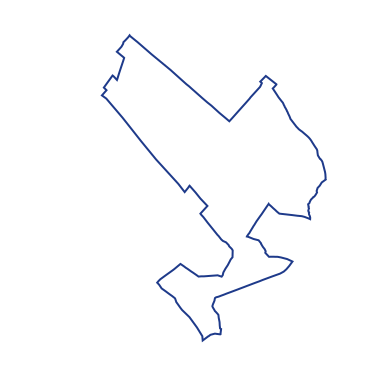 Cuapiaxtla de Madero, Puebla, Mexico (Robinson projection), rotated 201°
{"feature_id": "50627088B85656564862732", "entity_name": "Cuapiaxtla de Madero", "entity_type": "district", "adm_level": 2, "iso_a3": "MEX", "parent_name": "Mexico", "parent_adm1": "Puebla", "projection": "robinson", "projection_center": [-97.835, 18.928], "detail": "fine", "context": "isolated", "style": "outline", "palette": "blue", "viewbox_px": 384, "rotation_deg": 201, "n_neighbors": 0, "source": "geoboundaries", "source_scale": "gbopen_adm2", "svg_char_len": 4291}
<svg xmlns="http://www.w3.org/2000/svg" viewBox="0 0 384 384"><g transform="rotate(201 192 192)"><path d="M257.9,221.3L237.2,209.5L207.7,194.7L202.1,191.3L198.8,189.3L196.9,195.3L196.9,195.9L196.5,197.0L188.5,192.8L181.8,188.9L172.6,184.5L176.4,174.8L175.5,174.2L172.3,172.6L165.8,168.6L165.6,168.5L152.7,161.0L151.5,160.5L147.7,158.2L145.6,157.4L142.2,157.2L138.8,155.6L137.8,154.6L134.6,153.2L133.1,152.1L130.8,145.6L131.7,142.9L131.9,140.8L132.4,136.5L133.3,132.4L133.9,128.1L133.5,125.4L134.0,123.6L138.2,123.4L150.1,117.8L150.3,117.7L151.1,117.4L153.1,116.6L155.6,115.4L158.2,116.1L162.7,117.2L163.8,117.4L168.8,118.7L169.9,118.9L170.8,119.1L172.8,119.7L176.1,120.5L177.0,120.7L180.9,113.7L181.4,112.9L181.5,112.7L183.4,109.8L186.3,105.4L188.5,102.0L190.3,99.2L191.4,96.7L192.0,94.9L189.5,93.7L185.8,91.1L183.5,90.5L180.8,89.8L178.0,89.0L175.4,88.3L173.4,87.8L170.2,86.8L169.6,86.5L169.1,85.9L168.5,85.2L167.6,84.1L167.2,83.6L166.6,83.2L165.8,82.7L161.3,79.7L159.0,78.3L149.6,74.3L138.8,67.3L130.7,61.1L128.8,57.2L125.1,63.1L124.8,63.3L123.6,65.3L123.3,65.5L122.9,65.8L119.8,68.0L119.3,68.1L118.0,68.4L114.7,69.2L114.5,69.3L114.4,69.4L114.9,71.1L115.7,74.5L116.9,74.7L118.2,77.2L119.5,80.1L120.0,81.0L121.9,84.0L123.3,86.7L123.9,87.1L124.6,87.5L125.4,87.9L127.2,88.8L127.8,89.0L128.2,89.3L129.1,90.1L130.4,91.1L131.9,92.4L132.1,93.0L132.2,94.8L132.1,97.8L132.1,98.9L132.4,100.1L132.5,101.3L132.2,101.7L131.7,102.4L130.1,103.5L128.9,104.5L127.6,105.7L126.1,107.0L124.1,108.8L123.7,109.2L119.7,112.7L119.6,112.8L113.5,118.2L113.3,118.4L109.7,121.6L107.8,123.3L107.5,123.6L105.9,125.0L102.1,128.4L99.5,130.7L97.2,132.7L94.4,135.3L87.0,141.8L80.5,147.4L77.8,150.6L76.2,153.7L74.7,157.9L73.3,163.1L79.1,163.5L81.7,163.2L85.4,162.8L88.7,162.2L94.0,160.3L96.9,159.1L101.8,161.5L102.0,163.1L103.7,164.7L106.2,166.2L109.0,168.4L109.1,168.8L112.5,170.8L117.7,170.2L123.4,170.3L124.8,170.1L124.8,170.4L124.1,173.3L123.9,173.7L123.8,173.9L123.5,175.9L122.5,181.4L122.4,182.1L122.0,183.7L121.6,186.0L121.2,188.1L121.1,188.4L119.7,193.9L119.1,196.0L118.2,199.9L117.2,204.2L116.2,208.3L116.1,208.2L113.1,207.1L110.2,205.9L107.5,204.9L106.2,204.3L104.8,203.8L102.7,203.1L96.2,204.8L90.0,206.4L85.1,207.6L81.5,208.6L80.7,208.8L78.0,209.1L75.9,209.1L73.8,209.1L72.0,209.0L72.4,210.3L73.1,211.4L73.7,212.1L74.6,212.9L75.0,213.6L75.3,214.3L75.3,214.7L75.6,214.8L75.8,215.0L76.0,215.5L76.6,215.9L76.8,216.4L76.8,217.2L77.0,217.9L76.9,218.6L77.2,219.0L77.6,219.4L77.7,219.5L77.7,219.8L77.7,220.0L77.8,220.1L78.0,220.2L78.0,220.3L78.1,220.6L78.5,221.1L78.9,221.6L79.2,222.2L78.6,223.3L78.4,224.0L78.5,224.9L78.4,226.1L78.2,227.5L77.8,228.5L77.1,230.0L76.9,230.8L76.5,231.1L76.2,231.6L75.9,232.5L75.6,233.6L75.1,236.4L76.0,237.6L76.2,240.8L75.0,243.7L74.3,247.4L71.6,251.6L72.1,252.2L72.4,253.2L73.9,256.5L75.0,258.4L77.7,262.2L80.2,265.7L81.2,267.0L81.8,267.5L82.3,267.9L82.9,268.2L84.0,268.9L84.4,268.8L87.6,271.3L89.0,273.8L89.9,275.6L90.9,276.7L92.8,278.0L93.1,278.2L94.5,279.2L96.1,280.4L97.6,281.5L99.0,282.6L100.5,283.6L102.3,284.6L103.9,285.3L105.5,285.9L107.2,286.5L108.9,287.1L110.8,287.8L112.8,288.3L114.8,288.9L116.8,289.9L117.8,290.3L126.4,295.6L126.9,296.3L127.5,296.9L128.1,297.6L128.9,298.3L129.5,298.9L130.3,299.6L131.0,300.4L131.7,301.1L132.4,301.6L132.9,302.3L133.5,302.7L134.1,303.3L134.6,303.7L135.1,304.1L135.8,304.6L136.6,305.5L137.6,306.3L138.4,307.2L139.3,308.0L140.6,308.7L143.1,310.2L145.1,311.4L147.8,313.4L153.7,317.6L153.6,317.8L152.7,319.9L151.7,322.6L151.8,322.8L164.7,326.8L164.8,326.6L165.0,326.0L167.8,319.5L166.6,319.1L165.8,318.7L166.1,314.6L171.3,301.3L171.7,299.8L173.9,293.9L174.6,292.1L176.2,287.9L177.8,283.7L179.6,278.9L180.7,276.0L182.5,271.4L186.4,272.8L194.9,275.7L204.9,279.6L209.7,281.1L216.4,283.5L217.7,284.0L223.6,286.2L229.5,288.4L232.6,289.6L235.8,290.6L254.4,297.7L255.1,298.0L279.2,306.1L297.1,312.6L297.5,312.7L305.7,315.4L306.4,315.9L306.9,314.0L307.5,312.4L308.6,309.7L309.7,307.3L309.4,305.6L309.9,302.4L310.8,300.0L312.4,296.0L311.2,295.6L306.5,294.0L305.5,293.7L303.8,293.1L303.4,292.9L303.2,289.6L302.8,280.5L302.6,276.5L302.5,275.0L302.2,270.6L302.2,269.7L306.0,271.6L307.5,272.2L307.9,272.3L311.7,257.9L310.1,257.2L308.3,256.4L310.7,249.9L305.5,248.5L283.5,236.5L271.0,229.1L257.9,221.3Z" fill="none" stroke="#1e3a8a" stroke-width="2"/></g></svg>